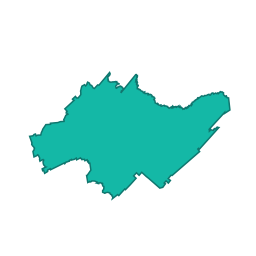 El Chal, Petén, Guatemala, rotated 220°
{"feature_id": "79465075B2800048141456", "entity_name": "El Chal", "entity_type": "district", "adm_level": 2, "iso_a3": "GTM", "parent_name": "Guatemala", "parent_adm1": "Petén", "projection": "equal_earth", "projection_center": [-89.714, 16.515], "detail": "fine", "context": "isolated", "style": "filled", "palette": "teal", "viewbox_px": 256, "rotation_deg": 220, "n_neighbors": 0, "source": "geoboundaries", "source_scale": "gbopen_adm2", "svg_char_len": 5841}
<svg xmlns="http://www.w3.org/2000/svg" viewBox="0 0 256 256"><g transform="rotate(220 128 128)"><path d="M190.3,66.5L192.6,64.5L193.4,62.9L195.0,63.9L195.8,62.7L195.8,60.9L198.0,58.4L192.1,54.9L191.2,53.5L189.6,53.0L188.4,52.9L186.7,52.5L186.6,51.8L185.8,50.8L185.9,50.0L185.7,48.9L181.4,45.4L180.0,48.4L180.1,49.3L179.2,49.5L176.3,48.2L175.4,46.9L174.1,46.0L173.7,47.3L173.3,48.1L172.9,49.1L172.5,48.9L172.0,49.2L171.6,48.6L171.4,47.5L169.7,46.0L168.3,45.4L167.9,45.5L166.3,45.0L165.9,45.2L167.5,41.5L165.9,40.4L165.5,41.4L162.7,39.7L161.6,43.0L162.1,43.3L162.5,44.1L161.4,46.8L160.5,46.2L154.3,60.3L153.5,60.0L153.5,62.3L153.0,62.6L152.1,64.2L151.6,64.9L152.1,65.4L151.1,67.5L150.7,67.1L148.9,69.6L148.3,71.6L146.9,70.6L145.2,74.5L144.6,74.2L143.9,74.7L143.1,74.1L141.2,76.0L140.0,75.2L138.9,77.4L137.3,76.2L137.0,77.1L135.2,75.8L134.6,76.5L129.4,71.9L128.8,65.4L129.2,65.0L123.8,60.4L123.6,61.1L123.3,61.3L122.9,61.8L123.0,62.4L121.9,62.7L121.7,63.6L121.7,64.1L119.7,65.8L117.0,66.8L116.2,66.6L116.6,65.7L115.6,66.2L115.1,66.2L114.6,66.7L115.0,67.1L114.1,68.4L112.8,68.5L112.6,69.0L111.8,69.2L111.5,68.7L111.7,68.4L111.1,68.3L110.6,67.7L110.0,67.4L109.4,67.4L109.0,67.7L108.4,67.2L107.8,66.2L107.6,66.1L107.1,65.1L107.3,63.9L106.2,62.5L105.4,62.6L104.8,63.0L104.0,63.0L103.7,63.3L103.4,64.2L102.3,65.6L101.2,66.2L100.7,66.2L100.3,66.6L98.7,65.9L97.7,66.4L96.6,65.6L95.9,65.8L95.2,65.2L94.7,64.4L94.5,63.9L93.1,70.3L91.6,70.3L91.3,79.2L90.3,79.1L89.8,86.0L89.5,94.7L92.9,94.9L92.7,99.1L89.1,98.9L89.0,102.9L82.8,102.6L79.9,102.7L65.0,102.4L63.2,104.9L63.5,109.3L64.9,109.1L64.8,111.9L61.7,111.7L61.8,115.1L64.7,115.1L64.7,119.4L63.7,120.0L58.0,156.0L61.0,156.7L61.0,157.7L59.7,157.7L58.7,186.7L59.3,186.3L59.8,186.3L60.3,185.9L60.4,183.7L60.8,183.1L61.2,183.3L61.5,182.6L61.3,181.5L61.0,181.3L61.0,181.0L63.4,179.9L63.6,179.4L63.4,178.7L63.7,178.4L63.7,177.9L64.0,178.2L64.4,179.8L64.7,179.2L65.0,179.2L64.0,202.0L63.4,201.2L61.5,207.3L70.3,215.7L71.5,214.9L72.2,215.3L72.8,215.3L73.3,215.8L73.5,215.5L73.3,214.9L73.7,214.6L74.3,214.9L75.8,214.8L76.9,215.4L77.3,216.3L77.9,216.3L78.3,216.0L79.0,216.2L79.3,216.0L79.7,215.2L80.4,215.4L80.7,215.2L80.7,213.8L80.9,212.5L81.3,212.9L81.6,212.8L82.0,212.3L82.0,211.8L82.3,211.2L83.4,211.0L83.5,210.7L84.2,209.1L85.3,209.5L85.8,209.1L86.2,208.4L86.3,207.6L86.0,206.8L86.2,205.9L87.0,205.7L87.6,205.9L88.2,205.0L88.7,203.6L89.5,202.6L90.2,202.2L90.4,201.1L90.8,200.5L92.1,200.1L92.4,199.3L92.4,198.7L92.8,197.4L93.2,195.4L93.4,195.4L93.5,196.1L93.8,196.3L94.0,196.1L93.7,194.2L94.4,192.7L94.4,192.2L94.2,192.1L94.6,191.4L94.5,190.0L94.9,189.7L95.3,188.9L94.8,188.0L95.1,187.3L95.0,187.0L94.6,186.9L94.0,187.0L93.9,185.8L94.5,185.9L94.9,185.5L95.1,185.1L94.9,184.4L95.2,183.8L95.4,183.8L95.5,184.3L95.8,184.2L95.5,183.3L95.8,182.9L95.6,182.6L95.3,182.8L95.2,182.3L96.1,182.0L96.3,180.9L95.7,181.3L95.5,181.0L95.6,180.6L96.4,180.1L96.7,180.3L96.9,180.8L97.2,180.6L97.1,178.6L97.8,178.4L97.8,177.9L98.0,177.6L99.0,178.2L100.0,177.8L100.2,178.1L100.4,178.2L100.7,178.1L101.3,177.0L101.5,177.0L102.0,177.9L102.4,176.9L102.5,176.8L103.1,177.1L103.2,177.6L103.3,177.7L103.5,176.8L104.1,176.0L104.0,175.3L104.1,174.9L104.4,174.8L105.2,175.2L105.3,175.1L105.6,174.4L106.3,173.9L106.4,173.6L106.1,173.2L106.5,172.3L107.1,173.0L107.3,173.5L107.9,173.6L107.8,173.2L108.1,172.6L107.8,172.0L107.8,171.5L108.3,171.8L108.5,171.7L108.7,170.7L109.1,169.6L109.7,169.5L110.2,169.8L110.9,169.4L111.6,169.9L112.7,169.2L113.2,169.3L113.9,168.4L114.8,168.7L116.6,166.0L117.5,166.2L117.6,166.8L117.9,166.6L118.2,165.9L118.8,165.6L120.3,165.2L120.6,165.9L121.4,165.8L121.6,165.1L123.3,164.7L124.5,165.8L125.8,166.6L126.0,166.3L126.5,166.3L126.6,168.0L127.0,167.9L128.0,168.4L128.6,168.0L129.3,168.1L129.8,167.5L130.6,168.3L131.7,168.4L132.0,168.1L132.5,168.1L132.6,167.8L133.0,167.4L134.1,167.4L133.7,166.6L134.0,166.3L134.7,167.1L135.4,167.0L137.1,165.3L137.7,165.5L138.4,166.4L138.5,166.2L138.9,164.9L140.3,165.5L141.5,164.8L143.2,165.1L143.9,165.0L143.9,164.7L144.1,164.5L144.8,164.7L145.3,164.5L145.6,164.6L145.9,164.1L146.1,164.0L147.6,165.9L147.2,166.6L147.5,167.2L148.2,167.3L148.7,166.7L149.6,167.0L149.7,168.0L149.9,167.8L150.1,168.3L150.4,167.9L150.9,168.3L150.6,169.0L150.8,169.4L151.0,169.4L151.4,168.7L151.7,168.5L151.7,170.0L151.9,170.2L152.5,169.5L152.9,170.0L152.3,170.4L152.3,170.8L152.6,171.0L153.2,171.1L153.3,171.8L153.9,172.4L153.5,172.6L153.6,172.9L154.0,173.2L153.9,173.5L154.5,174.2L154.9,173.7L155.9,174.3L156.2,174.2L156.4,173.7L156.0,150.3L156.9,152.2L156.5,153.2L156.4,154.5L156.9,155.1L157.3,155.1L157.6,155.4L158.2,155.2L159.2,155.6L160.1,155.1L160.6,155.4L161.6,154.2L161.4,153.6L162.2,152.8L162.1,152.1L162.4,151.1L162.8,151.0L163.0,151.4L163.9,151.7L164.2,152.0L164.5,153.0L164.2,153.7L164.4,154.4L164.1,155.3L163.2,155.7L163.3,156.1L164.3,155.9L164.6,155.4L165.1,155.6L165.8,155.3L166.0,155.3L165.9,156.0L166.4,156.3L166.7,155.9L167.3,155.7L168.0,154.7L168.4,154.5L168.5,154.1L169.3,153.6L169.9,152.7L171.0,151.9L171.0,151.7L172.0,151.3L172.8,151.6L173.5,151.3L173.7,151.5L174.1,152.2L174.6,152.3L174.7,152.7L176.3,154.0L176.1,154.6L176.2,155.1L176.0,155.3L176.1,155.9L176.2,156.0L176.0,156.5L176.1,157.2L176.6,158.1L177.0,158.1L177.2,158.4L177.8,158.7L177.8,142.2L178.9,141.5L179.2,136.6L180.4,136.3L183.1,137.2L185.0,136.7L186.4,137.6L188.4,137.2L188.0,135.6L187.5,135.2L187.5,133.0L189.1,133.3L190.2,130.5L189.6,128.9L188.0,125.7L187.3,125.2L185.6,123.2L185.5,121.3L185.6,118.8L186.7,118.0L188.6,118.4L189.1,114.4L188.2,114.3L187.1,114.5L188.7,102.1L185.4,101.7L185.5,100.6L185.3,100.5L185.1,99.9L184.6,100.2L184.0,100.0L183.9,99.7L183.4,100.1L182.9,100.0L183.8,97.7L183.0,95.0L182.6,93.1L181.6,92.5L181.6,92.1L181.3,91.9L183.9,89.4L185.2,87.1L190.5,81.8L189.7,81.0L193.1,77.8L192.5,72.1L192.1,71.4L191.4,68.7L190.3,66.5Z" fill="#14b8a6" stroke="#0f766e" stroke-width="1.5"/></g></svg>